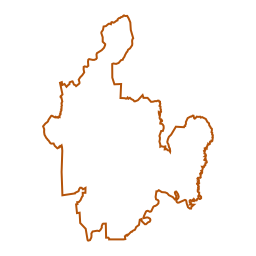 outline of Phu Giao, Bình Phước, Vietnam
{"feature_id": "81297802B21040073838815", "entity_name": "Phu Giao", "entity_type": "district", "adm_level": 2, "iso_a3": "VNM", "parent_name": "Vietnam", "parent_adm1": "Bình Phước", "projection": "equal_earth", "projection_center": [106.819, 11.34], "detail": "fine", "context": "isolated", "style": "outline", "palette": "amber", "viewbox_px": 256, "rotation_deg": 0, "n_neighbors": 0, "source": "geoboundaries", "source_scale": "gbopen_adm2", "svg_char_len": 5899}
<svg xmlns="http://www.w3.org/2000/svg" viewBox="0 0 256 256"><path d="M191.1,208.5L191.4,206.9L193.9,204.7L190.2,204.5L191.1,203.6L190.9,203.1L189.8,202.6L189.6,200.8L189.9,200.3L190.5,200.1L191.8,201.1L192.5,200.0L193.3,199.4L193.5,199.7L193.5,201.0L193.9,201.1L194.2,199.5L194.9,200.4L196.0,200.5L196.7,200.3L197.1,199.1L198.3,198.1L198.8,198.1L199.4,199.0L200.3,198.9L201.1,198.2L201.1,196.8L200.3,195.9L199.3,195.8L198.7,196.5L198.3,196.3L198.4,195.7L199.3,194.8L199.1,194.0L199.2,192.5L198.0,191.9L197.7,191.2L197.8,189.6L198.7,189.6L198.8,187.8L198.7,187.5L198.1,187.8L198.0,187.3L198.8,186.2L198.0,185.4L197.8,184.2L197.1,184.0L197.0,183.7L197.5,183.0L198.0,183.0L198.5,183.7L199.1,183.5L199.2,183.1L197.9,181.3L198.9,181.1L198.9,180.0L197.6,179.1L197.4,178.6L198.0,177.8L200.3,177.8L200.7,177.4L200.5,176.4L200.7,175.6L200.1,173.7L200.7,173.0L201.1,173.9L201.3,173.7L201.2,173.0L201.9,173.1L202.1,172.6L202.2,171.8L201.5,170.8L202.1,170.7L202.8,168.3L202.1,166.8L203.8,167.0L203.8,166.3L204.5,166.0L204.6,165.3L205.3,165.1L205.4,163.2L206.4,162.8L206.8,162.3L206.6,161.2L204.3,159.9L204.6,159.4L205.8,160.0L205.8,159.1L205.3,158.2L205.8,156.1L205.0,156.1L205.7,155.4L205.8,154.8L205.5,154.2L204.4,153.5L204.8,151.3L204.2,151.3L204.0,150.9L205.3,149.8L204.9,149.5L204.7,148.3L205.3,148.1L205.7,148.6L205.9,148.1L206.6,148.3L206.4,147.7L207.0,147.1L206.8,146.6L207.3,146.0L207.5,145.1L207.9,145.0L208.1,144.1L208.5,144.6L209.6,144.2L209.9,143.8L209.7,143.2L210.1,141.7L211.2,141.5L211.3,141.1L211.7,141.4L212.3,140.9L212.8,137.6L212.4,137.3L212.9,135.9L212.5,135.2L212.6,134.7L212.1,134.3L212.2,132.7L211.5,132.2L211.9,130.2L211.8,128.7L210.6,127.7L210.3,126.6L209.3,125.5L209.0,123.3L207.4,122.0L205.8,119.0L202.1,117.1L200.8,117.6L200.2,116.7L198.0,116.9L196.8,116.6L195.2,118.4L194.5,118.6L194.1,118.1L193.5,115.7L192.7,115.6L191.4,116.6L190.5,116.6L187.7,118.1L185.9,122.0L185.9,124.0L185.2,125.2L185.2,126.0L184.4,126.2L184.0,127.2L175.9,126.7L171.1,134.7L168.9,136.8L167.9,139.3L167.3,141.8L167.5,142.9L168.4,144.3L169.1,147.4L169.8,148.4L170.2,151.2L170.1,151.8L169.3,150.5L167.6,150.2L166.7,149.1L165.5,148.7L165.3,149.3L164.7,149.4L164.8,148.5L165.4,147.5L165.3,146.4L163.5,146.8L161.4,146.2L160.3,146.7L160.3,144.5L159.4,141.5L159.9,139.2L159.9,137.4L159.4,136.0L161.2,131.0L162.9,130.9L163.7,128.1L163.6,126.0L162.7,124.5L161.6,123.7L160.3,123.7L160.2,123.3L160.6,121.9L161.0,121.4L162.0,121.2L162.1,120.7L161.5,119.7L160.9,120.3L159.7,118.4L159.6,117.3L160.1,114.6L159.9,114.3L159.2,114.6L158.8,112.9L158.8,112.0L160.3,112.9L161.0,111.9L161.1,111.3L160.7,110.8L160.9,109.5L160.4,108.5L160.5,106.5L159.5,105.9L160.3,103.8L160.0,103.0L160.0,101.9L159.5,102.0L158.8,100.7L157.9,100.6L156.5,101.2L155.0,101.1L153.0,101.7L151.0,101.8L147.6,97.9L143.5,97.9L142.6,95.1L137.9,100.2L135.2,101.3L134.3,101.3L133.2,100.0L131.3,99.1L129.9,97.8L128.4,98.7L127.6,97.5L126.6,98.6L125.6,98.6L125.0,98.2L120.5,98.0L121.1,84.0L114.4,84.3L112.3,77.6L112.2,64.0L113.3,63.5L116.1,63.9L118.6,63.0L121.0,60.2L122.8,59.7L123.0,58.8L124.5,56.6L124.9,55.4L126.6,52.2L127.2,51.8L128.1,49.7L130.0,48.4L132.1,45.3L132.3,43.8L132.1,40.9L132.4,39.3L133.2,38.3L130.8,30.0L130.3,22.4L128.7,18.5L127.2,15.9L125.0,16.0L124.0,15.4L123.2,15.8L122.8,16.6L120.6,17.3L120.3,17.9L118.8,18.2L117.6,19.4L117.5,20.4L116.4,20.8L114.3,22.4L113.2,22.7L112.5,22.2L111.5,22.2L111.2,22.7L110.9,24.2L109.4,23.7L108.6,23.8L105.9,26.1L103.6,26.5L103.0,29.8L101.4,32.2L101.3,33.0L102.7,37.3L102.7,41.7L105.2,44.1L105.1,45.2L104.0,47.8L101.7,50.2L96.9,53.2L96.5,54.5L96.8,58.1L96.1,59.1L94.2,59.9L92.8,59.9L89.1,59.1L88.3,59.7L88.0,61.7L88.3,65.8L87.0,66.9L84.6,66.4L83.7,66.9L83.6,69.4L84.2,72.4L82.2,75.3L80.2,77.3L78.7,79.7L79.5,82.2L79.4,83.4L79.0,83.8L76.1,86.1L75.5,85.3L73.9,84.5L72.6,81.4L72.3,81.3L69.7,82.3L69.4,84.3L68.6,84.6L66.5,86.8L64.5,84.0L62.3,85.0L61.8,82.1L60.0,82.8L62.5,94.5L60.6,96.3L60.5,96.9L61.0,97.6L61.4,97.5L62.3,101.6L61.7,102.5L61.8,103.0L61.5,103.6L61.9,105.7L61.4,106.6L61.6,107.5L61.5,108.8L61.1,109.2L61.5,110.0L61.2,110.9L60.7,111.4L60.6,113.3L60.2,113.5L60.5,114.5L59.5,115.5L59.6,117.2L58.5,117.1L58.1,117.6L57.6,117.1L56.9,117.5L55.8,116.8L55.4,117.4L54.8,117.3L51.8,115.7L51.2,115.9L48.5,119.8L48.1,121.1L47.3,122.1L45.4,123.5L43.1,126.3L44.2,129.1L44.1,132.1L44.5,134.7L46.3,138.0L47.2,138.9L47.7,139.8L48.5,140.4L50.4,143.2L51.2,143.6L53.6,143.5L54.8,145.9L57.4,148.3L59.3,147.4L59.0,147.0L59.5,146.4L60.2,146.4L60.4,145.9L61.0,146.0L61.6,145.4L62.0,147.1L62.3,150.8L61.6,171.9L62.4,195.3L75.0,193.4L75.2,192.8L78.5,191.2L79.3,188.9L80.2,187.7L81.6,187.8L83.0,189.3L85.5,187.9L85.4,192.8L82.7,192.8L82.8,195.9L82.0,196.8L80.5,200.2L78.9,202.0L77.2,202.2L77.5,204.1L76.1,204.4L77.0,213.1L79.6,212.7L80.2,223.0L85.7,228.8L87.5,239.6L87.8,240.4L88.4,240.6L90.0,240.1L91.3,237.5L91.5,235.7L91.4,233.5L92.6,231.5L97.2,230.7L99.2,231.1L100.5,229.8L101.8,227.6L101.7,226.3L102.5,224.2L103.1,223.7L105.8,223.6L106.1,237.7L108.4,237.7L109.3,238.8L109.2,239.4L123.5,239.4L125.3,239.1L124.9,236.4L125.7,236.1L125.7,235.5L127.1,234.7L127.6,235.4L131.0,231.9L131.8,231.9L132.4,231.0L135.0,229.7L136.2,227.0L139.0,224.9L139.8,219.7L141.6,219.0L141.6,220.4L141.9,221.3L144.9,224.2L146.0,224.2L148.1,222.3L149.7,221.7L150.3,220.6L150.3,219.4L150.0,218.7L148.4,217.7L147.1,217.4L143.8,218.1L143.6,217.6L143.9,216.2L145.9,211.8L146.5,211.1L147.8,210.8L149.9,211.8L151.2,211.3L153.3,206.9L154.3,206.1L155.4,205.9L157.1,204.8L158.4,203.4L158.6,201.1L158.1,200.2L156.1,199.3L155.6,197.0L156.4,191.3L157.4,191.3L158.8,190.2L161.8,192.1L165.3,192.4L167.3,193.3L168.9,195.2L172.8,197.1L175.0,199.6L175.5,199.5L175.9,198.8L176.4,196.1L175.1,193.8L174.9,192.4L175.4,191.7L176.3,191.6L178.0,194.2L178.7,196.7L178.3,198.1L176.5,200.0L176.4,201.2L176.8,202.0L177.5,202.6L178.8,202.6L184.9,199.9L185.7,200.1L186.3,201.1L186.7,203.4L188.0,207.2L189.7,208.5L191.1,208.5Z" fill="none" stroke="#b45309" stroke-width="2"/></svg>